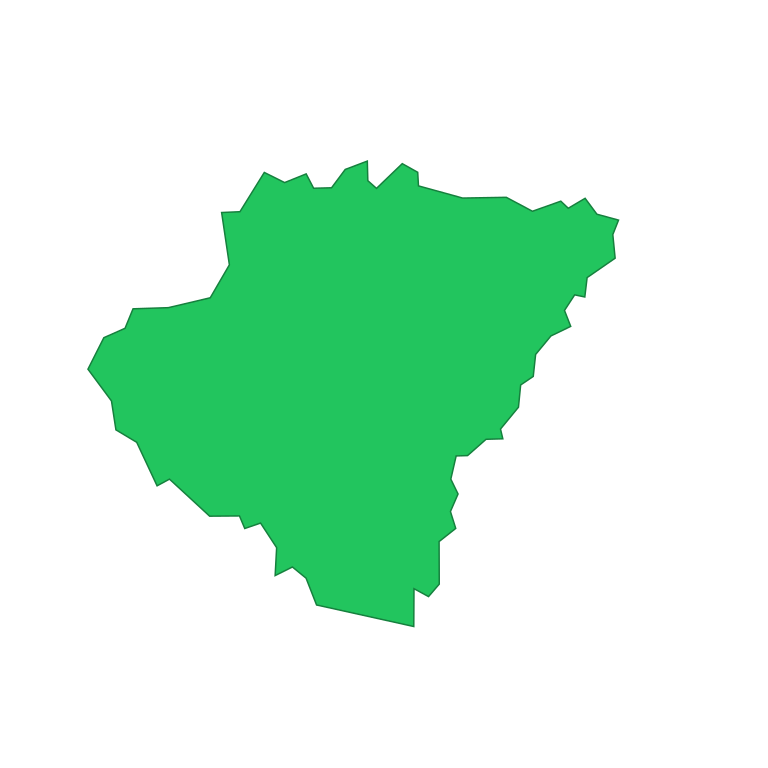 Knox, Kentucky, United States of America, rotated 341°
{"feature_id": "52423323B87116979196195", "entity_name": "Knox", "entity_type": "district", "adm_level": 2, "iso_a3": "USA", "parent_name": "United States of America", "parent_adm1": "Kentucky", "projection": "natural_earth1", "projection_center": [-83.823, 36.871], "detail": "fine", "context": "isolated", "style": "filled", "palette": "green", "viewbox_px": 768, "rotation_deg": 341, "n_neighbors": 0, "source": "geoboundaries", "source_scale": "gbopen_adm2", "svg_char_len": 1011}
<svg xmlns="http://www.w3.org/2000/svg" viewBox="0 0 768 768"><g transform="rotate(341 384 384)"><path d="M333.2,623.0L345.7,587.3L356.9,599.5L371.1,591.2L384.8,550.9L404.8,543.9L405.3,526.2L418.2,512.1L416.2,495.7L428.8,475.5L439.7,478.9L462.5,469.5L478.5,474.5L479.5,464.5L503.6,449.7L512.9,429.4L527.6,425.4L537.0,405.4L557.5,392.9L579.3,390.3L578.6,373.2L593.3,361.8L602.2,367.1L610.7,349.5L643.5,340.3L649.0,317.2L659.1,305.4L640.6,292.8L634.6,273.9L615.4,277.8L610.7,268.7L580.6,269.0L560.4,247.3L518.9,233.8L481.1,207.9L484.8,194.8L473.0,181.6L440.6,196.6L434.9,186.5L440.8,167.8L417.2,168.5L398.3,181.4L381.2,176.0L378.8,160.0L355.6,161.2L339.7,145.0L303.9,174.2L286.3,169.0L276.6,221.0L247.8,245.9L204.9,241.6L171.2,231.2L157.3,247.0L134.2,249.0L108.9,273.6L120.8,311.3L115.6,340.1L131.2,358.6L136.3,406.4L150.2,404.1L176.1,452.2L204.4,461.7L205.3,475.3L222.0,475.3L229.2,503.8L218.7,529.7L237.8,527.2L247.1,542.2L248.3,571.0L333.2,623.0Z" fill="#22c55e" stroke="#15803d" stroke-width="1.5"/></g></svg>